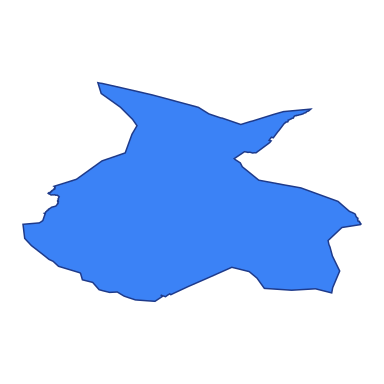 outline of Dovre nor, Oppland, Norway
{"feature_id": "86288312B94593147545538", "entity_name": "Dovre nor", "entity_type": "district", "adm_level": 2, "iso_a3": "NOR", "parent_name": "Norway", "parent_adm1": "Oppland", "projection": "robinson", "projection_center": [9.548, 62.115], "detail": "fine", "context": "isolated", "style": "filled", "palette": "blue", "viewbox_px": 384, "rotation_deg": 0, "n_neighbors": 0, "source": "geoboundaries", "source_scale": "gbopen_adm2", "svg_char_len": 4702}
<svg xmlns="http://www.w3.org/2000/svg" viewBox="0 0 384 384"><path d="M310.8,109.1L283.5,111.6L274.0,114.3L252.6,121.0L250.1,121.6L240.8,124.5L222.2,118.1L220.7,117.9L208.9,113.9L198.5,107.4L197.5,107.1L152.2,94.9L122.3,88.0L102.0,83.4L99.7,83.1L97.9,82.7L101.2,93.5L120.4,107.2L132.6,119.4L137.0,125.7L132.0,134.2L125.2,152.9L102.0,160.9L76.4,179.3L54.1,186.3L54.9,186.8L55.0,186.9L55.0,187.2L54.7,187.4L54.7,187.5L55.0,187.9L55.1,188.0L54.9,188.3L54.7,188.4L54.4,188.5L54.2,188.6L54.3,188.8L54.6,188.9L54.7,189.1L54.3,189.4L53.8,189.5L53.3,189.7L53.1,189.9L52.6,190.3L52.3,190.4L52.2,190.5L51.7,190.8L51.5,191.0L51.7,191.4L51.6,191.5L51.1,191.7L50.9,191.7L50.7,191.8L50.6,192.0L50.3,192.2L50.3,192.3L50.4,192.5L50.2,192.6L49.8,192.5L49.7,192.5L49.4,192.6L49.0,192.6L48.9,192.6L48.7,192.8L48.9,192.9L49.0,193.3L48.9,193.4L48.4,193.5L48.6,193.7L48.9,193.9L49.4,194.0L50.0,194.3L51.0,195.0L51.5,195.0L51.9,194.9L52.1,194.9L52.5,194.8L53.5,194.9L54.4,194.8L54.8,194.7L55.0,194.8L55.3,195.1L55.5,195.2L56.9,195.2L57.3,195.3L57.5,195.3L57.8,195.5L58.0,195.8L59.0,196.5L59.2,196.8L59.0,197.0L58.8,197.3L58.8,197.5L58.7,197.8L58.2,198.6L58.1,198.8L58.1,199.0L58.4,199.6L58.4,199.8L58.0,200.1L57.8,200.4L57.5,200.9L57.5,201.0L57.6,201.3L58.1,201.3L58.3,201.4L58.4,201.7L58.3,201.8L58.2,201.9L57.9,202.7L57.9,202.9L58.1,203.1L58.1,203.3L57.9,203.4L57.6,203.4L57.5,203.5L57.5,203.8L57.6,204.0L57.5,204.3L57.2,204.5L56.9,204.8L56.7,205.0L56.5,205.3L56.1,205.8L55.9,206.0L55.7,206.1L55.1,206.3L54.4,206.5L52.8,206.9L51.4,207.3L51.2,207.5L50.9,207.8L50.7,208.0L50.0,208.3L49.8,208.5L49.7,208.6L49.0,208.9L48.7,209.1L48.8,209.3L48.6,209.6L48.5,209.8L48.1,210.1L47.6,210.1L47.2,210.4L47.1,210.5L47.1,210.8L46.4,211.5L46.2,211.6L45.8,211.8L45.2,213.7L45.0,213.4L44.6,213.2L44.3,213.3L44.8,213.7L44.9,213.8L44.9,214.1L45.0,214.2L42.8,220.6L40.5,222.2L39.3,222.9L23.0,224.3L24.7,238.4L31.4,245.6L44.4,255.7L49.0,259.4L53.1,261.3L58.5,266.3L80.0,272.8L80.7,273.7L80.8,274.2L82.4,279.8L92.7,282.4L99.1,289.7L103.1,290.8L109.6,292.4L117.3,292.0L120.9,294.2L124.1,296.1L128.7,297.7L135.4,299.9L146.2,300.7L155.0,301.3L162.9,296.1L161.7,295.8L161.4,295.6L161.2,295.5L161.2,295.3L161.3,295.2L162.8,295.9L163.5,296.0L164.7,296.4L165.4,296.7L165.5,296.7L167.5,295.2L169.8,293.8L170.8,294.7L174.1,293.1L188.5,286.4L205.9,278.8L231.8,267.3L237.6,268.7L249.2,271.6L257.0,278.1L264.2,288.2L264.5,288.4L291.6,290.2L315.5,288.8L331.7,292.9L332.7,287.6L339.7,271.0L332.4,256.0L330.0,247.1L328.9,244.5L328.1,240.5L341.9,227.5L360.4,224.6L360.5,224.4L360.7,224.2L360.9,224.2L361.0,224.0L360.9,223.9L360.7,223.6L360.5,223.4L360.4,223.3L360.3,223.1L360.2,223.0L360.2,222.9L359.7,222.8L359.6,222.7L359.4,222.3L359.4,222.1L359.6,221.9L359.6,221.7L359.4,221.4L359.1,221.2L358.3,221.1L358.2,221.1L357.9,221.0L357.9,220.9L357.9,220.6L357.8,220.4L357.8,220.2L357.8,219.9L357.7,219.8L357.6,219.6L357.6,219.4L357.6,219.2L357.9,218.9L357.9,218.4L357.8,218.2L357.7,218.0L357.3,217.9L357.2,217.8L357.0,217.7L356.8,217.6L356.6,217.3L356.6,217.2L356.4,217.1L355.5,215.2L355.5,214.7L355.1,214.1L354.8,213.8L354.0,213.4L353.8,213.3L353.5,213.1L353.1,213.0L353.0,212.9L352.7,212.8L352.5,212.7L352.1,212.5L352.0,212.4L351.6,212.2L351.4,212.2L351.1,212.1L350.8,212.0L350.6,211.9L350.4,211.8L349.9,211.6L349.7,211.4L349.4,211.3L349.3,211.2L349.1,211.1L338.0,201.4L300.9,187.9L290.4,186.0L283.5,184.8L258.8,180.2L242.3,166.8L240.3,162.9L235.1,159.5L234.2,158.6L244.5,151.7L245.0,151.8L246.3,152.0L246.6,152.1L247.0,152.1L247.6,152.4L247.8,152.4L248.4,152.4L248.9,152.2L249.1,152.2L249.3,152.2L249.9,152.3L250.8,152.4L251.0,152.5L251.9,152.8L252.3,152.9L252.5,153.0L253.0,153.0L253.3,152.9L253.9,152.8L254.2,152.7L254.8,152.8L255.5,152.8L255.8,152.8L256.2,152.7L258.0,151.3L258.2,151.1L258.3,151.1L269.7,142.6L271.1,140.9L270.0,140.6L269.1,140.3L270.5,138.4L271.4,137.2L273.3,137.8L278.1,131.4L278.7,130.8L284.3,123.4L284.6,123.4L284.8,123.2L285.0,123.0L285.1,122.9L285.4,122.7L285.4,122.4L285.5,122.3L286.1,122.0L286.3,122.0L286.5,122.0L286.9,122.1L287.1,122.0L287.3,121.9L287.5,121.7L287.9,121.7L288.0,121.5L288.0,121.4L288.1,121.1L288.2,120.7L288.2,120.1L288.9,120.0L289.2,119.9L289.4,119.7L289.6,119.6L291.0,118.9L291.3,118.9L291.6,118.7L292.0,118.3L293.0,118.1L293.3,118.1L293.6,117.6L293.6,117.4L293.8,117.0L294.0,116.7L294.2,116.4L294.4,116.1L294.8,116.0L294.9,115.9L295.5,115.6L296.1,115.8L296.3,115.7L296.8,115.3L297.0,115.4L298.0,115.3L298.4,115.1L298.7,115.0L299.0,114.9L300.1,114.7L300.5,114.6L301.7,114.3L302.2,114.1L303.4,113.7L303.8,113.3L304.4,113.0L305.0,112.9L305.9,112.6L306.3,112.0L306.7,111.6L308.1,111.2L308.6,110.9L309.5,110.3L309.8,109.8L310.3,109.5L310.6,109.3L310.8,109.1Z" fill="#3b82f6" stroke="#1e3a8a" stroke-width="1.5"/></svg>